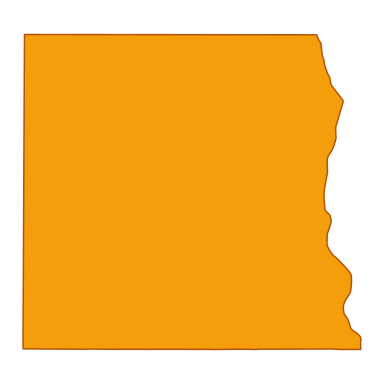 Houston, Minnesota, United States of America
{"feature_id": "52423323B5787243339085", "entity_name": "Houston", "entity_type": "district", "adm_level": 2, "iso_a3": "USA", "parent_name": "United States of America", "parent_adm1": "Minnesota", "projection": "albers", "projection_center": [-91.368, 43.674], "detail": "fine", "context": "isolated", "style": "filled", "palette": "amber", "viewbox_px": 384, "rotation_deg": 0, "n_neighbors": 0, "source": "geoboundaries", "source_scale": "gbopen_adm2", "svg_char_len": 1172}
<svg xmlns="http://www.w3.org/2000/svg" viewBox="0 0 384 384"><path d="M334.1,145.0L335.3,141.2L336.0,137.9L335.6,127.6L343.1,102.0L343.0,100.5L337.0,92.6L331.0,84.7L329.6,77.2L327.7,73.8L324.6,65.1L324.0,60.7L322.2,55.0L320.9,43.3L318.1,38.8L316.7,34.8L24.5,34.5L23.0,345.5L23.2,348.8L42.6,349.0L62.3,349.1L70.5,349.1L75.1,349.2L79.4,349.2L82.8,349.2L85.5,349.3L86.3,349.3L86.4,349.2L92.1,349.0L95.3,349.1L97.5,349.1L97.8,349.1L98.9,349.2L101.8,349.2L114.9,349.3L141.2,349.3L147.7,349.4L152.6,349.3L180.7,349.3L197.8,349.4L200.3,349.3L210.4,349.4L213.2,349.5L242.5,349.2L255.9,349.5L259.4,349.1L260.9,349.2L331.7,349.0L341.6,349.5L360.7,349.4L360.6,342.5L361.0,338.6L360.3,336.8L357.5,333.6L352.6,330.3L350.7,328.1L348.2,320.0L343.9,313.3L343.3,308.5L343.5,305.3L343.9,303.9L345.6,300.0L349.6,293.8L350.7,291.0L351.6,281.3L351.3,275.6L350.7,274.1L349.6,272.2L346.5,268.4L337.4,258.8L333.9,256.0L331.7,253.5L329.4,250.1L327.0,245.2L327.2,234.3L330.6,224.4L331.2,221.2L330.2,215.9L329.4,214.5L325.6,210.9L325.0,209.3L324.0,198.6L324.3,189.6L327.5,172.3L327.1,159.4L328.4,155.7L331.8,150.6L333.4,147.1L334.1,145.0Z" fill="#f59e0b" stroke="#b45309" stroke-width="1.5"/></svg>